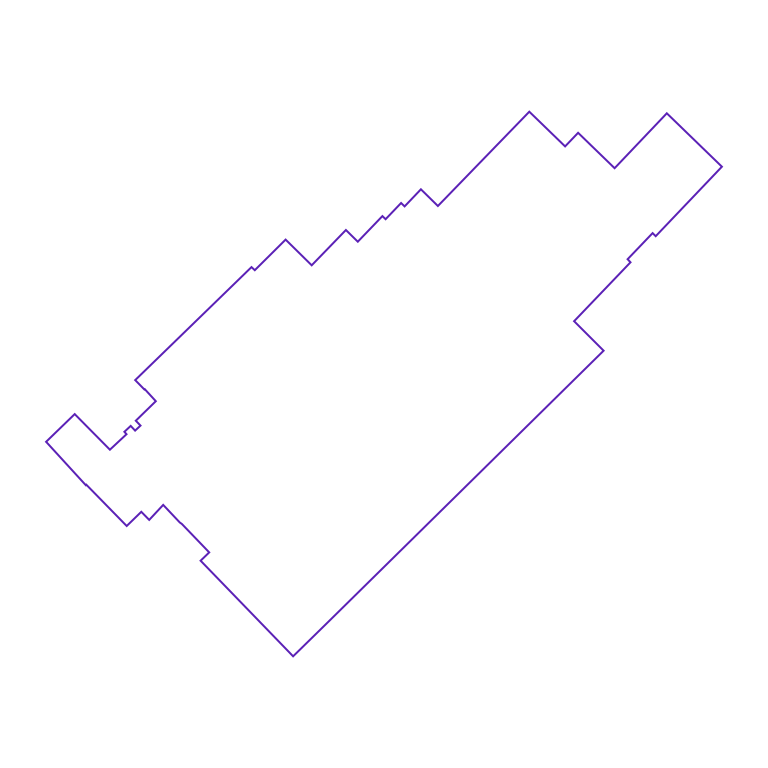 Hipólito Yrigoyen, Buenos Aires, Argentina (Mercator projection)
{"feature_id": "61730980B95014527534109", "entity_name": "Hipólito Yrigoyen", "entity_type": "district", "adm_level": 2, "iso_a3": "ARG", "parent_name": "Argentina", "parent_adm1": "Buenos Aires", "projection": "mercator", "projection_center": [-61.733, -36.272], "detail": "fine", "context": "isolated", "style": "outline", "palette": "violet", "viewbox_px": 768, "rotation_deg": 0, "n_neighbors": 0, "source": "geoboundaries", "source_scale": "gbopen_adm2", "svg_char_len": 723}
<svg xmlns="http://www.w3.org/2000/svg" viewBox="0 0 768 768"><path d="M578.1,132.8L565.1,146.4L529.3,111.7L437.9,206.0L420.9,189.3L404.6,206.4L401.1,203.0L385.6,219.2L382.4,216.1L357.8,241.7L345.9,230.0L311.7,265.3L285.6,239.6L254.8,270.2L251.5,267.1L135.2,380.1L144.4,389.5L144.8,389.2L155.8,401.2L135.8,420.7L140.5,425.6L135.1,430.6L130.7,425.9L124.4,431.8L126.5,434.2L109.9,449.7L74.7,414.1L46.1,441.8L85.8,485.2L86.3,484.7L126.7,526.0L141.3,511.8L149.2,519.9L163.2,504.9L179.8,522.5L181.8,523.9L209.2,552.4L200.6,560.7L293.1,656.3L327.1,623.0L603.6,350.7L574.1,321.2L630.5,262.3L627.6,259.2L652.6,233.1L655.7,236.2L721.9,166.7L666.8,113.3L614.6,168.2L578.1,132.8Z" fill="none" stroke="#5b21b6" stroke-width="2"/></svg>